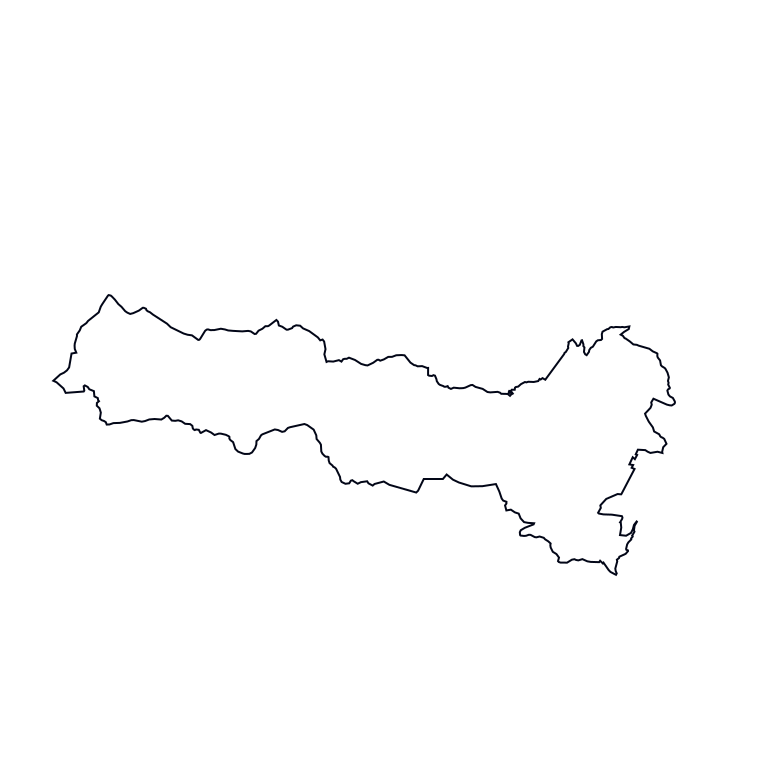 the district of Aninoasa, Arges, Romania, rotated 298°
{"feature_id": "2599482B31273481879350", "entity_name": "Aninoasa", "entity_type": "district", "adm_level": 2, "iso_a3": "ROU", "parent_name": "Romania", "parent_adm1": "Arges", "projection": "mercator", "projection_center": [24.903, 45.245], "detail": "fine", "context": "isolated", "style": "outline", "palette": "ink", "viewbox_px": 768, "rotation_deg": 298, "n_neighbors": 0, "source": "geoboundaries", "source_scale": "gbopen_adm2", "svg_char_len": 6144}
<svg xmlns="http://www.w3.org/2000/svg" viewBox="0 0 768 768"><g transform="rotate(298 384 384)"><path d="M534.4,616.7L535.9,613.3L537.0,612.2L539.1,611.2L539.3,610.5L539.0,606.0L539.7,601.8L537.4,590.8L537.3,588.9L536.0,585.6L537.0,581.0L537.6,575.8L537.4,574.9L538.7,572.3L538.7,569.8L542.7,571.5L547.4,574.3L550.0,573.6L546.9,569.6L546.2,567.5L545.3,566.4L543.2,561.9L541.5,559.8L541.3,558.4L540.3,557.2L537.9,556.3L537.2,555.3L532.8,552.4L530.3,552.9L526.2,555.4L524.7,554.9L523.0,552.3L521.3,551.4L515.0,550.9L513.0,549.6L510.4,549.3L508.6,549.9L504.6,549.4L504.7,547.7L506.2,545.5L510.4,543.8L511.0,542.3L512.7,541.4L515.6,538.3L515.2,537.9L510.5,538.5L508.8,537.6L508.3,536.6L510.0,534.3L511.9,529.5L507.4,527.2L506.6,528.0L503.4,528.9L502.3,529.8L497.6,529.5L496.3,528.8L495.0,529.0L463.5,524.4L463.6,521.2L461.5,520.2L461.5,519.0L459.0,518.8L456.1,515.3L453.7,510.3L452.3,509.0L451.9,507.5L448.2,505.0L444.7,503.7L443.2,501.8L442.3,501.4L440.3,502.1L438.9,499.5L437.4,499.3L436.7,497.8L435.3,498.0L434.8,498.7L436.7,500.8L436.0,502.2L434.5,501.2L432.7,500.8L433.3,497.9L430.4,492.1L430.8,490.4L430.4,488.0L426.5,481.8L425.5,479.1L426.0,473.4L424.4,466.2L424.7,462.6L423.7,461.1L419.0,457.5L417.5,455.8L415.7,452.7L413.5,447.3L411.1,445.4L411.0,442.7L412.0,441.2L410.7,440.0L409.9,438.5L410.0,437.2L409.5,433.9L409.7,432.3L411.3,429.3L412.9,428.0L415.3,425.1L415.0,423.5L413.6,422.6L412.5,419.9L412.6,418.7L418.9,415.4L418.4,414.6L417.7,409.3L415.4,405.4L415.3,403.1L414.8,401.7L415.3,397.3L419.0,388.7L417.8,385.9L415.1,381.3L411.8,378.4L409.9,375.0L405.6,372.3L402.8,369.7L402.9,367.9L402.2,366.7L397.7,364.5L392.7,360.8L391.9,358.7L391.0,354.4L391.6,347.1L390.8,340.7L388.8,339.3L387.8,337.5L386.7,336.3L383.8,335.9L383.9,333.0L380.0,328.7L377.8,323.9L376.5,322.9L382.2,317.4L387.3,316.0L393.4,311.2L394.4,308.9L392.6,307.2L394.1,303.7L395.6,293.1L395.1,286.4L396.1,282.6L394.6,278.9L392.0,276.8L390.2,276.6L386.8,273.6L386.2,272.4L386.8,267.3L386.3,263.7L389.3,261.1L390.0,258.9L381.6,255.1L380.6,254.4L379.3,252.1L375.7,250.7L372.2,248.2L368.3,247.5L367.4,246.3L367.9,241.7L367.1,239.1L363.9,234.1L360.1,225.9L358.1,221.2L357.5,218.0L356.2,214.0L352.0,208.9L350.1,205.5L349.6,203.0L348.9,202.0L347.1,201.1L337.6,200.5L336.4,200.2L335.7,199.3L336.8,191.6L335.3,187.5L334.5,183.4L334.0,169.0L335.4,164.1L336.8,147.6L337.5,143.6L337.3,141.5L337.6,139.7L338.7,138.5L338.5,136.1L338.0,135.2L333.7,133.1L328.8,129.3L326.7,127.0L326.5,123.9L326.8,121.3L328.9,116.0L329.8,112.0L332.1,106.9L333.5,102.7L333.8,101.3L333.3,99.2L332.5,98.8L322.7,97.8L319.4,97.6L313.3,98.5L300.8,93.1L298.0,92.6L292.4,89.8L288.5,90.2L283.6,89.6L282.2,90.4L274.5,92.0L272.6,92.8L269.8,94.5L267.2,97.6L264.2,93.8L250.8,98.2L247.2,97.7L243.7,96.1L240.5,93.7L231.6,90.5L231.8,94.1L229.6,103.1L226.7,107.1L236.4,122.4L237.4,122.5L241.0,119.9L242.3,120.5L242.3,123.8L241.0,126.3L241.5,131.2L237.1,134.1L237.2,137.9L235.5,139.2L235.0,140.4L232.5,139.4L230.0,140.6L229.0,144.2L225.8,147.4L220.0,149.4L219.5,151.7L219.9,154.2L219.7,156.3L218.0,158.2L219.4,160.6L222.4,163.4L225.7,169.1L230.5,175.1L233.4,177.8L234.7,180.0L237.0,187.8L239.1,190.4L242.5,193.4L245.4,197.9L248.1,204.1L251.0,205.8L253.8,206.7L254.4,208.1L252.1,213.8L253.5,217.0L255.3,219.3L256.0,222.9L255.5,227.1L257.6,231.7L257.1,234.4L255.1,236.0L254.5,237.3L254.5,238.6L255.6,239.4L256.6,242.0L254.8,244.6L254.8,245.3L259.7,248.5L260.0,254.1L259.4,258.3L262.7,261.5L263.6,263.3L264.9,268.2L265.0,271.5L264.7,272.4L263.2,273.1L262.4,274.6L261.8,278.1L256.8,283.3L255.8,286.9L256.4,292.2L256.9,294.0L259.1,297.9L261.6,299.6L267.0,300.3L270.6,299.7L273.7,298.2L276.8,299.4L280.9,299.5L282.4,300.2L292.6,308.9L293.6,312.0L293.9,316.5L295.6,318.5L300.1,319.8L301.7,321.3L311.3,332.5L311.7,335.5L310.7,343.3L306.9,348.3L303.8,350.3L302.0,354.9L300.8,356.8L295.0,360.3L293.6,362.3L292.6,365.3L292.5,366.8L293.4,368.5L293.4,369.3L290.4,371.2L288.6,373.1L287.8,376.9L287.1,377.9L287.2,379.5L286.7,381.4L281.3,388.8L279.1,390.3L277.6,392.6L277.8,396.8L280.0,399.9L283.1,400.1L284.2,401.2L283.9,402.8L283.6,407.6L286.5,409.7L290.2,414.8L289.0,416.9L289.0,421.7L291.3,422.6L297.8,429.6L297.5,436.1L303.3,463.4L305.8,464.2L318.8,463.7L327.8,480.6L333.5,481.8L331.9,489.8L332.2,496.4L334.6,509.1L340.0,518.9L348.2,529.8L343.2,536.3L338.1,541.7L337.0,544.0L337.5,547.4L335.9,548.2L333.6,547.9L329.8,551.4L332.6,555.0L332.1,559.9L332.8,563.8L329.5,567.7L327.8,572.5L329.0,576.3L331.5,581.9L330.3,582.0L323.2,575.9L319.1,573.4L316.9,573.5L314.6,575.0L314.3,575.7L315.6,579.0L316.7,580.7L318.8,582.6L319.6,584.2L319.6,589.0L320.2,590.6L322.4,593.0L323.2,597.3L322.5,599.1L322.2,602.9L321.4,606.0L319.8,606.5L317.9,607.9L315.1,611.8L314.8,616.1L312.9,620.0L309.3,620.8L308.9,621.9L309.2,623.7L312.2,629.5L317.1,632.4L318.7,634.4L318.8,636.2L319.5,638.4L322.5,641.4L322.9,646.8L324.0,650.1L327.7,657.6L329.4,657.8L328.3,661.5L329.3,661.7L325.2,669.7L324.4,672.2L324.4,678.4L326.0,678.4L327.6,676.4L329.6,674.9L336.9,673.2L338.2,672.1L340.6,673.2L342.0,672.9L347.5,677.1L351.0,677.9L351.6,677.5L351.4,675.8L352.0,675.2L356.5,674.0L358.9,674.1L362.8,675.3L363.7,674.7L365.8,675.2L366.3,675.1L366.6,674.3L371.2,674.5L372.1,673.4L376.5,671.8L381.1,672.0L381.2,671.6L376.9,670.9L372.6,671.9L368.5,672.0L363.7,669.0L361.4,663.3L368.6,660.9L372.8,658.1L372.7,657.4L376.8,657.6L378.1,657.2L379.0,656.1L375.6,646.5L371.9,639.0L370.5,634.6L370.8,633.5L376.4,633.6L378.4,632.0L386.9,634.2L396.5,641.9L397.9,645.2L398.4,645.3L426.6,645.1L426.3,642.0L429.4,642.0L428.2,638.4L436.1,638.0L435.4,640.8L440.2,640.8L440.1,639.3L445.2,639.0L448.3,645.8L448.0,648.5L448.2,651.6L452.6,657.3L453.8,662.2L454.8,661.4L459.3,660.2L463.8,661.5L467.1,657.2L467.4,655.1L467.2,653.8L467.5,652.5L468.8,650.6L468.9,644.8L471.9,641.8L475.1,635.4L478.8,630.1L480.4,628.4L488.1,630.5L491.4,630.1L493.2,628.6L497.5,628.8L498.6,643.4L499.3,646.2L500.1,648.1L502.8,649.7L504.0,649.7L505.1,649.0L507.3,645.6L507.3,642.3L508.2,640.1L511.2,637.3L512.5,637.3L514.2,638.3L514.8,638.2L516.9,635.2L518.7,634.7L520.0,633.3L523.6,632.4L527.1,629.0L529.5,625.4L529.9,624.3L530.1,621.1L530.6,619.7L534.4,616.7Z" fill="none" stroke="#020617" stroke-width="2"/></g></svg>